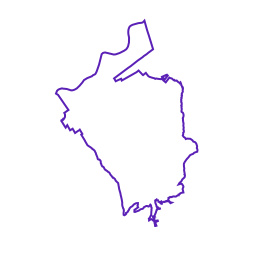 Cuzdrioara, Cluj, Romania (orthographic projection), rotated 168°
{"feature_id": "2599482B38314546177556", "entity_name": "Cuzdrioara", "entity_type": "district", "adm_level": 2, "iso_a3": "ROU", "parent_name": "Romania", "parent_adm1": "Cluj", "projection": "orthographic", "projection_center": [23.913, 47.18], "detail": "fine", "context": "isolated", "style": "outline", "palette": "violet", "viewbox_px": 256, "rotation_deg": 168, "n_neighbors": 0, "source": "geoboundaries", "source_scale": "gbopen_adm2", "svg_char_len": 5566}
<svg xmlns="http://www.w3.org/2000/svg" viewBox="0 0 256 256"><g transform="rotate(168 128 128)"><path d="M150.3,43.9L150.0,43.6L149.6,43.4L148.3,43.9L147.9,44.5L147.7,44.5L147.6,45.3L146.7,45.5L145.6,46.1L144.9,47.1L144.6,47.2L143.1,49.1L141.7,50.1L140.0,50.6L138.2,52.0L135.9,52.7L135.2,52.7L133.9,52.5L134.3,50.8L134.9,50.0L134.7,48.6L134.6,48.3L138.8,46.5L138.8,46.0L139.2,44.7L138.7,44.4L134.4,45.0L133.1,45.7L132.4,45.9L130.5,45.9L129.7,46.3L128.9,47.2L126.3,47.9L125.4,47.7L124.4,46.9L124.0,46.9L123.0,47.6L122.1,48.4L121.8,48.0L121.7,47.6L121.6,47.2L121.7,46.5L121.7,45.8L121.7,45.7L121.5,45.2L121.5,44.7L122.1,43.2L122.1,42.5L122.5,41.6L123.2,38.8L123.6,37.8L124.1,37.4L125.3,35.8L126.3,35.1L125.7,34.1L126.6,33.7L126.6,33.2L124.9,33.9L124.1,34.0L123.6,33.6L122.9,32.6L122.3,31.9L122.2,31.9L121.7,32.8L121.6,31.6L121.6,30.0L121.8,29.7L121.7,27.7L121.9,26.6L121.5,26.4L120.5,26.5L120.8,28.4L121.5,29.7L119.4,30.5L118.1,30.8L118.2,31.4L121.1,31.4L121.3,32.7L121.0,33.8L121.0,34.0L121.7,34.4L121.8,34.7L122.0,35.2L122.1,36.4L121.5,36.3L120.3,35.9L120.4,36.3L120.1,37.0L119.5,37.8L118.3,39.6L116.8,42.3L116.4,42.1L115.8,42.5L114.6,42.7L114.2,42.3L113.5,42.4L113.5,42.7L114.1,42.8L115.2,43.8L115.8,44.2L115.6,44.5L116.3,44.9L116.4,45.3L116.4,45.9L116.3,46.3L116.7,48.4L116.8,49.2L116.6,50.6L116.0,51.0L116.0,51.3L116.2,51.6L115.0,52.1L115.0,51.9L115.4,51.3L113.7,51.1L113.3,49.7L113.4,49.4L112.7,49.1L111.7,47.5L111.1,46.9L110.8,46.9L111.3,49.1L110.6,49.3L110.2,47.7L109.8,48.0L108.5,48.4L107.6,48.0L107.4,48.3L106.0,48.2L105.8,48.7L105.6,48.7L104.7,48.3L104.4,48.1L104.2,48.5L103.3,47.9L102.6,46.8L102.3,46.0L102.1,45.7L101.9,45.8L101.9,46.1L101.0,45.8L100.7,45.9L101.4,46.2L102.2,46.8L103.4,48.8L103.5,49.4L103.2,50.3L102.8,50.9L102.9,51.2L102.3,51.4L102.4,51.1L102.1,51.1L101.4,51.5L100.9,51.6L100.0,51.6L99.6,51.3L98.0,51.7L96.1,51.1L95.3,51.0L94.2,51.5L93.0,51.7L92.7,52.1L92.3,51.8L91.9,52.4L91.3,52.5L91.2,52.9L90.8,53.1L89.1,53.5L87.2,53.4L87.2,55.5L87.3,56.9L86.6,58.1L86.0,58.9L86.1,60.1L86.5,61.0L86.7,61.8L87.1,62.2L88.2,62.5L90.2,62.3L88.9,63.7L87.1,64.6L85.6,66.4L83.1,67.9L82.8,68.2L82.5,68.8L82.2,69.6L82.4,70.7L82.1,70.8L81.9,75.2L81.3,77.0L81.3,78.7L81.1,79.6L80.9,81.0L80.5,81.8L79.5,83.0L77.3,85.1L74.9,86.8L73.1,88.4L72.0,88.8L69.6,89.2L68.8,89.8L68.4,90.0L66.7,90.3L65.2,90.4L64.6,92.0L64.6,93.1L64.9,93.9L64.9,94.1L64.3,95.3L64.2,96.0L64.4,98.0L64.7,99.1L65.0,99.7L65.7,100.5L66.9,101.1L67.6,102.7L68.2,103.3L69.0,104.2L69.4,104.5L72.6,105.4L73.8,105.2L74.0,105.9L74.2,106.4L74.6,107.0L75.2,107.5L75.8,108.7L76.0,109.2L75.3,110.3L75.2,110.9L75.1,111.2L75.0,111.9L74.3,112.4L74.1,112.9L73.9,114.3L74.1,114.9L74.0,115.3L73.4,116.9L73.4,118.6L72.7,121.0L72.8,122.3L72.6,123.4L72.7,123.8L72.3,125.6L72.4,126.2L71.7,127.1L71.0,128.7L70.9,130.3L71.1,131.4L71.3,131.7L72.2,132.5L72.3,132.9L71.9,134.3L71.5,135.2L71.4,135.5L71.5,136.6L71.2,137.5L71.2,138.1L70.9,138.3L70.9,138.5L71.2,138.9L70.7,139.6L70.4,140.5L70.3,141.6L70.6,142.2L70.3,142.9L70.4,143.3L70.1,143.8L70.2,144.3L70.2,144.6L70.0,145.0L69.5,145.6L69.6,146.4L69.2,146.6L68.9,147.7L68.6,148.1L68.6,148.3L68.8,148.7L68.7,148.9L68.4,149.0L68.4,149.8L68.3,150.4L67.0,151.9L66.8,152.2L66.7,153.7L66.3,154.3L66.3,154.7L65.9,155.6L66.0,155.9L66.4,156.2L66.1,156.7L66.1,156.8L66.5,157.1L66.7,158.1L67.0,158.7L66.8,159.5L67.2,161.8L67.9,161.4L67.7,161.0L67.9,160.9L68.0,161.3L69.3,162.4L70.5,164.3L71.1,164.2L72.1,164.6L72.7,165.3L73.0,165.0L73.6,165.7L74.1,166.2L74.8,167.3L76.4,168.1L77.1,168.7L81.6,164.8L83.2,166.8L78.2,171.0L78.8,172.0L80.3,171.6L80.3,171.8L84.1,171.0L84.0,170.7L81.9,168.3L83.3,167.2L84.9,169.3L85.7,168.9L88.6,169.9L89.9,170.5L91.1,170.4L91.2,170.7L91.4,170.9L93.8,172.1L96.4,173.6L97.4,174.6L99.1,178.2L102.3,176.6L102.5,176.8L105.7,182.0L108.1,180.8L124.3,175.7L124.4,176.2L124.4,177.6L124.6,177.6L130.3,176.3L131.0,178.7L131.3,179.4L115.3,186.8L112.8,187.8L104.3,192.0L99.1,194.2L97.3,195.2L94.7,196.2L92.2,197.5L87.1,199.8L88.4,214.4L89.0,220.0L89.6,229.6L91.1,228.5L91.7,228.2L92.5,228.1L96.4,228.4L102.1,228.0L103.9,227.5L104.8,227.1L105.6,226.5L106.5,225.2L107.0,224.3L107.6,222.6L107.9,221.2L108.1,220.0L108.2,216.0L109.3,211.4L110.9,208.0L111.8,206.8L113.3,205.4L115.4,204.5L119.0,203.5L120.6,203.1L124.6,202.6L126.6,202.8L134.6,206.6L135.7,206.7L137.1,206.5L138.4,205.7L143.2,195.9L146.9,189.8L148.5,187.8L149.1,187.4L151.2,186.9L152.7,186.1L157.4,185.3L161.1,184.0L163.2,182.0L166.6,179.4L169.8,177.4L172.3,176.6L174.2,176.4L175.7,176.6L179.8,178.9L183.6,180.1L184.4,180.5L187.0,180.3L188.4,179.9L189.7,179.1L191.3,176.6L189.5,174.9L182.5,158.0L187.2,156.0L186.8,154.5L187.1,152.9L187.4,151.9L187.7,151.4L189.3,149.8L189.6,149.6L189.8,150.2L190.4,149.7L191.5,149.4L191.8,148.8L191.5,148.3L189.7,143.2L188.9,141.3L186.8,143.4L185.1,137.8L182.3,138.8L180.8,134.1L177.8,135.4L176.1,136.0L175.5,136.4L173.9,131.7L175.1,131.2L172.7,124.4L172.7,124.1L171.2,119.5L167.8,116.0L167.3,115.0L167.0,114.6L166.3,114.2L166.2,113.9L165.4,112.8L165.0,111.2L164.7,110.2L164.6,108.6L164.1,106.0L164.0,103.9L163.5,103.3L162.8,103.2L162.3,102.8L161.6,101.3L161.9,99.1L161.6,98.5L161.7,97.8L161.2,95.9L161.0,95.6L160.6,95.5L160.1,95.0L159.8,94.3L159.7,93.8L159.3,92.4L159.0,91.9L158.5,91.6L158.0,90.8L157.3,90.3L156.6,89.2L155.9,88.7L155.4,87.9L154.9,86.1L153.6,83.6L153.3,82.7L153.0,82.8L152.7,82.5L152.0,81.6L151.3,80.6L151.1,79.4L150.8,78.7L149.1,76.2L149.3,70.0L149.2,68.1L149.0,66.1L149.1,63.6L149.0,61.8L149.0,59.4L149.1,57.0L149.1,56.6L149.6,54.2L149.7,52.9L149.4,50.1L149.1,49.6L149.2,48.2L150.2,45.1L150.3,43.9Z" fill="none" stroke="#5b21b6" stroke-width="2"/></g></svg>